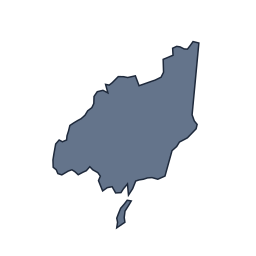 Jaqueira, Pernambuco, Brazil, rotated 194°
{"feature_id": "56859067B82313432077576", "entity_name": "Jaqueira", "entity_type": "district", "adm_level": 2, "iso_a3": "BRA", "parent_name": "Brazil", "parent_adm1": "Pernambuco", "projection": "equal_earth", "projection_center": [-35.799, -8.742], "detail": "fine", "context": "isolated", "style": "filled", "palette": "slate", "viewbox_px": 256, "rotation_deg": 194, "n_neighbors": 0, "source": "geoboundaries", "source_scale": "gbopen_adm2", "svg_char_len": 1267}
<svg xmlns="http://www.w3.org/2000/svg" viewBox="0 0 256 256"><g transform="rotate(194 128 128)"><path d="M111.3,63.0L108.8,70.3L107.7,78.4L104.7,80.3L100.7,82.0L97.0,84.3L92.7,85.7L86.7,85.5L80.5,90.3L79.8,116.7L76.3,121.8L74.7,126.8L68.0,132.8L61.7,143.7L61.8,148.2L65.4,150.9L69.0,156.3L79.8,227.6L85.8,227.6L87.6,223.0L89.4,218.9L92.7,218.3L97.1,219.3L100.5,219.0L104.0,216.2L101.9,209.5L110.5,203.1L107.0,190.7L108.2,185.3L113.3,181.0L116.9,178.7L127.5,171.7L133.5,180.4L140.5,176.9L144.8,176.7L149.9,175.5L154.3,168.1L156.6,165.1L160.3,164.9L158.2,161.1L156.0,157.2L161.4,158.5L166.6,155.8L168.6,150.4L167.1,143.5L168.0,139.0L171.3,134.9L172.8,130.0L175.8,125.6L178.6,123.1L181.8,119.9L185.0,116.4L185.0,110.5L185.3,105.7L184.7,101.5L188.3,98.8L191.9,99.7L194.3,95.0L193.6,84.5L193.1,78.9L191.1,71.8L187.5,70.1L185.0,66.8L180.9,66.5L175.5,71.8L172.3,73.9L168.8,72.7L165.0,70.6L161.0,74.2L158.1,76.5L155.7,81.2L152.0,78.9L146.5,77.4L143.2,74.6L143.9,69.8L141.4,66.3L137.4,60.8L133.7,65.1L129.2,67.2L124.3,62.0L119.2,63.6L117.8,67.7L115.0,73.6L111.3,63.0ZM114.8,28.4L108.2,35.8L110.0,40.2L110.8,46.6L108.4,53.9L107.2,58.0L111.3,57.7L113.2,53.3L115.7,48.4L116.6,42.2L117.1,37.8L115.3,34.0L114.8,28.4Z" fill="#64748b" stroke="#1e293b" stroke-width="1.5"/></g></svg>